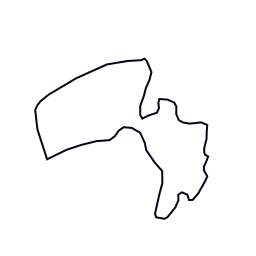 outline of Jegunovce, rotated 294°
{"feature_id": "MKD-2963", "entity_name": "Jegunovce", "entity_type": "Municipality", "adm_level": 1, "iso_a3": "MKD", "parent_name": "North Macedonia", "parent_adm1": "", "projection": "robinson", "projection_center": [21.128, 42.089], "detail": "fine", "context": "isolated", "style": "outline", "palette": "ink", "viewbox_px": 256, "rotation_deg": 294, "n_neighbors": 0, "source": "natural_earth", "source_scale": "10m", "svg_char_len": 1023}
<svg xmlns="http://www.w3.org/2000/svg" viewBox="0 0 256 256"><g transform="rotate(294 128 128)"><path d="M106.7,35.9L112.1,36.0L116.8,37.2L126.2,41.9L152.7,60.7L177.5,82.9L188.9,100.1L195.3,112.4L198.1,115.0L196.9,117.8L188.6,126.7L180.2,128.1L171.7,128.1L163.3,129.5L153.1,130.2L145.2,133.7L142.4,137.2L148.1,142.0L153.7,148.2L158.8,148.2L163.3,145.5L167.2,144.8L170.0,152.4L170.0,160.0L167.2,163.5L160.5,166.3L155.9,171.1L155.4,176.0L157.1,182.6L162.9,192.6L163.0,199.2L158.0,200.9L149.9,204.2L140.3,205.9L136.7,207.6L134.9,209.2L134.6,212.8L130.2,213.1L123.4,213.1L119.8,215.0L116.1,220.1L110.9,220.1L96.9,218.8L88.6,216.3L87.0,213.1L91.2,209.3L91.2,203.5L87.5,201.0L82.3,203.5L74.5,203.5L62.6,200.3L60.0,198.4L59.8,197.7L58.4,192.2L57.9,190.1L60.5,187.6L79.7,183.7L91.7,181.8L102.6,176.7L107.3,166.5L115.1,153.8L121.3,149.3L128.6,141.0L129.6,131.4L127.0,123.8L121.8,120.6L115.1,119.3L109.4,116.1L103.2,104.6L93.8,92.5L83.4,81.0L66.5,66.8L89.9,45.8L106.7,35.9Z" fill="none" stroke="#020617" stroke-width="2"/></g></svg>